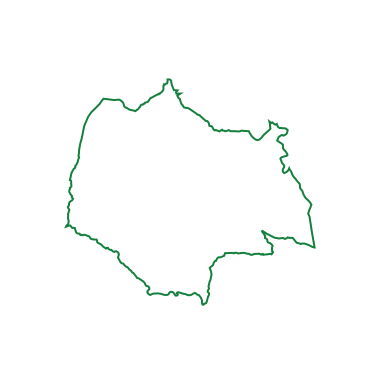 outline of Juárez Hidalgo, Hidalgo, Mexico, rotated 132°
{"feature_id": "50627088B76146080244750", "entity_name": "Juárez Hidalgo", "entity_type": "district", "adm_level": 2, "iso_a3": "MEX", "parent_name": "Mexico", "parent_adm1": "Hidalgo", "projection": "mercator", "projection_center": [-98.833, 20.836], "detail": "fine", "context": "isolated", "style": "outline", "palette": "green", "viewbox_px": 384, "rotation_deg": 132, "n_neighbors": 0, "source": "geoboundaries", "source_scale": "gbopen_adm2", "svg_char_len": 6054}
<svg xmlns="http://www.w3.org/2000/svg" viewBox="0 0 384 384"><g transform="rotate(132 192 192)"><path d="M301.2,261.9L299.1,261.0L298.7,260.5L298.4,259.9L298.7,258.2L298.8,257.3L298.6,256.7L298.2,256.4L297.4,255.5L297.2,254.9L298.1,253.7L298.8,252.4L299.6,250.8L299.6,250.2L299.2,248.9L298.3,247.8L298.3,247.2L298.7,246.3L298.5,245.9L297.8,245.6L297.4,244.3L296.7,244.0L296.1,243.6L295.6,243.1L294.0,239.2L293.8,238.5L294.5,235.9L294.0,234.8L293.5,234.0L292.6,232.7L291.4,231.4L291.2,231.0L291.6,230.1L292.7,228.9L292.7,228.7L292.7,227.7L292.1,225.7L291.8,224.1L292.0,222.8L292.0,221.2L291.6,218.1L290.9,218.1L290.6,217.7L289.9,217.4L289.7,217.1L290.0,216.6L290.2,216.0L290.1,215.2L289.7,214.0L289.0,213.3L289.1,211.2L288.9,210.5L288.6,210.1L288.4,209.5L287.8,209.5L286.7,208.6L286.5,207.7L286.5,206.1L287.2,204.6L290.3,203.1L291.0,200.9L291.8,198.8L292.1,196.8L291.2,195.1L291.5,193.7L291.6,191.0L291.2,190.3L291.1,188.8L291.5,187.2L291.4,185.2L291.2,184.6L291.7,183.2L291.8,182.8L291.4,181.4L292.2,176.9L292.6,175.3L291.8,173.7L291.6,171.9L291.1,168.9L291.2,166.4L292.0,164.7L292.4,163.2L291.8,162.2L291.4,161.1L291.7,159.8L292.5,158.9L294.2,158.7L295.8,158.7L296.4,157.9L296.8,157.1L296.9,155.5L296.5,154.2L293.4,152.8L290.2,149.5L289.2,148.2L288.1,146.3L287.4,144.4L286.1,142.6L285.1,141.6L283.7,141.0L282.2,141.4L280.8,141.2L279.7,140.3L279.2,138.9L279.6,136.6L280.0,134.9L279.4,134.2L278.5,133.7L277.8,133.9L277.4,134.6L277.4,135.6L276.4,135.7L275.4,134.8L274.0,131.5L272.1,128.1L271.5,126.3L270.3,124.6L268.8,123.7L265.1,122.5L264.8,121.4L264.8,119.5L264.0,117.8L264.6,114.6L265.9,112.0L268.0,110.2L268.6,108.7L268.3,108.2L267.5,107.9L266.9,108.2L265.3,107.2L263.5,107.7L259.7,109.7L256.8,110.7L255.8,111.6L255.8,113.3L254.6,114.3L252.9,114.5L251.9,115.3L251.3,116.4L247.5,118.6L245.3,119.4L240.3,122.2L238.2,124.9L236.6,128.0L235.6,127.8L235.9,127.5L235.3,128.0L232.3,127.4L229.7,128.6L227.7,128.7L227.1,128.1L224.6,128.8L223.7,128.8L222.9,128.7L221.6,127.2L217.8,125.4L217.5,125.7L215.3,126.5L210.0,121.0L209.7,119.9L208.4,119.4L207.2,118.0L207.0,116.9L205.4,115.3L204.9,115.1L202.4,112.6L200.5,109.0L199.8,108.4L199.4,106.4L198.6,105.4L197.6,104.8L196.5,104.4L193.6,101.4L193.1,101.1L192.9,100.5L192.1,99.1L192.2,98.8L192.0,98.7L191.2,97.5L191.0,97.8L190.6,97.9L190.5,97.7L190.8,97.0L188.0,94.4L184.9,91.9L185.2,91.7L185.1,91.3L184.7,91.4L184.4,91.2L183.8,91.5L182.6,91.4L182.4,92.0L182.3,93.1L181.8,93.2L181.5,93.5L181.4,94.0L180.5,94.6L180.2,95.2L179.3,95.6L178.3,95.9L178.0,96.2L177.7,97.4L177.7,99.4L177.9,100.3L178.3,101.0L178.6,101.8L178.1,103.2L177.3,103.8L176.9,105.1L176.9,105.7L177.1,106.1L177.3,107.0L176.5,107.8L175.9,108.1L175.5,108.4L175.5,109.5L174.9,110.1L175.0,110.8L174.9,112.3L174.4,113.0L174.2,113.7L173.8,113.6L172.9,108.1L170.7,100.1L168.2,96.1L165.3,93.7L164.7,91.6L164.2,91.2L161.9,90.4L161.6,90.4L161.5,89.6L161.1,89.1L158.7,86.5L159.7,80.4L157.9,76.9L157.9,76.5L156.2,75.3L154.8,73.5L153.2,69.5L152.4,66.3L151.7,64.5L151.2,63.8L140.9,76.9L131.7,88.1L130.3,91.2L126.6,92.9L123.7,93.8L122.5,94.6L121.6,94.7L121.0,96.3L120.6,98.1L120.4,103.7L119.3,107.4L117.5,110.5L116.8,114.3L114.0,117.2L113.4,122.0L112.9,124.0L112.8,125.6L112.4,127.8L111.9,129.2L110.6,131.6L110.1,133.5L110.0,134.3L109.4,135.6L110.8,135.1L111.6,135.0L113.4,135.1L113.9,135.2L116.2,136.1L116.2,137.6L115.7,138.6L114.8,139.4L113.6,139.8L112.1,140.1L110.9,140.9L110.4,142.3L110.3,144.0L109.8,145.3L108.7,147.2L108.2,148.5L107.3,148.8L106.2,148.6L103.8,147.2L102.1,146.0L101.5,145.8L100.9,145.7L100.5,146.0L100.2,146.3L99.3,149.0L99.1,150.5L99.0,152.2L98.7,153.5L95.9,156.2L96.8,163.1L93.2,164.4L89.6,163.5L88.8,161.6L87.9,161.5L86.7,160.8L85.3,160.7L84.1,161.1L81.9,162.4L82.0,163.9L82.5,165.7L83.8,167.1L84.9,168.7L85.7,169.5L85.9,169.9L86.1,171.6L84.7,174.5L86.0,174.8L86.5,176.3L86.5,178.8L87.6,179.1L87.8,181.7L89.0,179.9L90.6,178.3L92.6,176.0L95.7,176.2L97.9,176.5L99.4,176.6L101.3,176.9L104.9,176.7L107.7,176.9L109.7,178.1L110.5,180.0L110.7,182.8L110.6,184.4L110.2,186.4L109.6,188.3L108.8,190.5L112.1,194.6L113.3,196.3L115.0,197.1L116.6,198.8L117.3,199.9L118.1,200.7L118.6,201.5L119.8,202.6L121.2,204.3L121.4,206.1L123.4,207.1L124.7,208.0L125.2,209.6L125.8,210.3L125.6,211.3L128.6,212.2L129.5,214.4L129.9,215.8L131.0,216.3L131.1,217.8L130.1,220.5L129.9,221.5L130.6,222.3L131.2,223.3L129.5,225.8L129.0,227.9L129.9,229.1L130.0,232.9L130.0,235.7L129.9,237.8L130.9,239.9L130.8,241.0L131.6,247.4L131.8,249.3L132.5,251.6L133.7,253.0L134.5,254.7L133.8,257.0L133.7,258.6L131.9,262.0L130.9,263.5L131.2,264.6L130.8,266.1L130.2,267.4L126.6,266.5L129.3,269.4L128.5,270.7L126.2,270.8L128.4,273.6L126.2,278.1L124.6,280.5L123.3,281.9L123.1,283.3L123.8,284.6L124.7,285.5L126.7,283.8L127.9,283.2L129.4,284.0L131.1,284.1L131.0,284.7L132.2,284.3L133.3,283.4L134.3,282.3L135.8,281.5L137.5,281.4L139.2,281.6L141.0,281.9L140.8,282.2L150.3,285.7L154.1,285.1L155.3,285.5L156.6,286.3L157.1,286.7L158.1,286.4L158.5,286.9L159.0,287.1L159.6,286.9L160.2,287.2L161.2,288.1L161.8,288.1L162.6,287.8L163.1,287.8L163.9,287.5L164.5,287.8L166.0,287.5L166.9,287.6L167.4,287.9L167.9,287.8L168.4,288.1L169.7,288.1L171.0,290.7L172.6,293.4L173.0,295.9L173.7,298.2L173.8,299.4L172.8,301.1L171.7,303.1L171.6,305.8L171.9,307.6L172.6,308.4L175.7,311.3L180.7,318.5L181.9,320.2L185.4,320.0L188.4,319.5L200.1,320.2L205.6,319.5L215.0,316.3L225.5,310.1L231.2,307.2L235.9,304.3L239.2,301.7L241.2,300.5L241.6,299.2L243.7,298.4L246.5,296.9L248.6,296.3L251.0,296.1L251.5,295.4L252.0,295.1L252.9,295.1L253.8,295.4L256.1,294.9L258.4,294.3L260.5,293.2L262.4,292.0L263.9,291.3L264.7,290.8L264.4,290.5L264.6,289.5L265.6,288.2L266.8,287.3L268.0,285.8L268.9,285.3L270.8,285.5L271.2,284.8L272.8,284.4L274.1,283.2L275.0,280.6L275.3,278.3L276.2,278.0L276.6,276.7L276.6,275.9L278.1,275.5L279.1,275.8L280.0,275.9L280.8,276.2L281.9,276.1L283.2,275.4L284.0,274.6L285.7,274.3L286.6,273.7L287.0,272.0L287.4,271.2L287.7,270.9L291.6,269.3L292.1,268.4L294.1,266.9L294.9,266.2L295.1,265.5L296.7,263.7L298.7,262.6L301.2,262.7L302.1,262.4L301.5,262.1L301.2,261.9Z" fill="none" stroke="#15803d" stroke-width="2"/></g></svg>